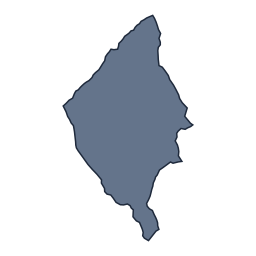 Pérola, Paraná, Brazil (Robinson projection), rotated 180°
{"feature_id": "56859067B95323447505184", "entity_name": "Pérola", "entity_type": "district", "adm_level": 2, "iso_a3": "BRA", "parent_name": "Brazil", "parent_adm1": "Paraná", "projection": "robinson", "projection_center": [-53.712, -23.823], "detail": "fine", "context": "isolated", "style": "filled", "palette": "slate", "viewbox_px": 256, "rotation_deg": 180, "n_neighbors": 0, "source": "geoboundaries", "source_scale": "gbopen_adm2", "svg_char_len": 1811}
<svg xmlns="http://www.w3.org/2000/svg" viewBox="0 0 256 256"><g transform="rotate(180 128 128)"><path d="M103.3,240.6L106.9,239.1L109.4,238.0L112.2,236.1L114.9,234.7L116.5,232.3L119.0,230.7L120.9,228.6L122.4,225.8L125.0,225.1L126.9,222.9L128.9,221.4L131.3,219.7L132.9,217.1L134.6,215.0L137.1,212.6L137.5,209.7L138.4,206.8L142.1,206.3L145.0,206.8L146.6,204.3L148.5,202.2L150.5,199.3L151.3,195.2L153.2,192.5L155.1,189.4L157.1,186.2L160.6,183.3L162.8,181.0L163.9,178.5L167.0,175.4L169.5,174.0L171.6,172.5L173.8,170.5L175.8,168.5L177.7,166.2L180.2,164.9L181.6,162.3L183.4,157.8L186.9,155.8L189.9,152.6L192.8,150.0L189.9,144.2L188.3,139.5L186.5,136.7L184.8,133.0L182.6,130.4L182.1,127.8L181.5,124.1L180.4,114.3L180.2,110.9L179.6,108.1L177.7,105.0L174.5,100.6L168.0,91.5L163.7,86.6L158.9,81.6L154.5,76.2L154.6,72.9L151.5,67.6L151.3,64.4L149.0,61.9L145.2,61.0L142.8,57.9L139.9,53.6L135.7,51.3L132.4,51.1L128.6,52.0L125.9,50.4L124.7,47.9L122.7,46.2L123.0,39.2L121.4,37.2L119.6,35.1L116.5,33.6L113.7,26.8L112.8,23.5L113.3,20.2L111.6,17.8L107.5,15.4L100.0,24.9L97.1,26.6L98.3,30.2L98.4,33.1L99.2,35.8L100.4,38.6L101.9,41.5L103.6,45.5L106.6,47.2L108.8,49.8L109.4,52.6L107.5,56.2L105.9,59.9L104.9,63.8L104.3,66.4L103.2,69.8L102.7,73.1L101.1,76.6L100.4,79.1L98.9,80.8L96.5,86.0L92.8,88.6L85.5,94.0L83.0,92.8L77.7,94.1L74.1,94.6L77.6,100.1L77.2,104.4L77.7,107.9L78.6,111.0L80.8,115.1L79.0,119.0L79.3,122.7L78.0,124.7L75.0,127.5L70.8,126.7L68.3,128.2L65.4,129.4L63.2,131.1L65.6,132.8L71.3,139.7L68.8,148.0L73.8,153.3L76.4,157.5L77.4,161.2L80.2,166.7L82.5,170.9L86.3,176.4L87.7,180.5L90.7,184.8L93.7,188.8L97.0,190.4L97.7,196.3L97.9,200.6L98.2,205.4L97.7,208.7L95.7,211.2L95.7,213.8L97.0,217.6L95.4,222.5L97.5,226.4L98.6,230.1L99.9,233.9L101.5,237.6L103.3,240.6Z" fill="#64748b" stroke="#1e293b" stroke-width="1.5"/></g></svg>